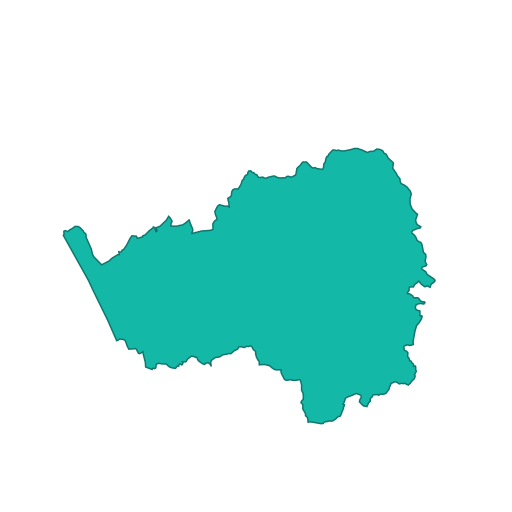 Quang Ninh, Quảng Bình, Vietnam (Albers equal-area conic projection), rotated 199°
{"feature_id": "81297802B18152468964479", "entity_name": "Quang Ninh", "entity_type": "district", "adm_level": 2, "iso_a3": "VNM", "parent_name": "Vietnam", "parent_adm1": "Quảng Bình", "projection": "albers", "projection_center": [106.503, 17.253], "detail": "fine", "context": "isolated", "style": "filled", "palette": "teal", "viewbox_px": 512, "rotation_deg": 199, "n_neighbors": 0, "source": "geoboundaries", "source_scale": "gbopen_adm2", "svg_char_len": 6060}
<svg xmlns="http://www.w3.org/2000/svg" viewBox="0 0 512 512"><g transform="rotate(199 256 256)"><path d="M78.4,223.6L79.5,225.8L80.2,229.8L81.3,237.3L81.5,242.6L80.1,245.8L79.2,249.6L79.1,252.4L79.8,253.5L81.0,252.8L81.5,252.8L83.1,257.4L86.4,257.2L87.7,257.8L88.8,259.8L88.6,262.1L87.0,263.6L85.0,264.7L81.7,265.2L81.1,266.9L81.7,267.5L83.3,267.0L85.7,267.0L88.7,269.1L90.2,269.0L92.4,268.0L93.8,268.2L94.9,269.3L98.1,270.2L100.7,269.8L100.8,270.9L100.1,272.9L100.1,273.7L100.8,275.1L100.8,276.2L100.0,277.0L97.1,278.0L96.7,280.6L95.7,282.3L94.6,283.5L94.3,285.0L93.6,285.1L90.7,283.2L86.7,281.9L85.7,282.2L84.5,283.5L81.2,283.1L81.3,285.6L81.0,286.7L79.8,288.2L78.7,290.4L78.7,291.0L79.4,291.8L80.6,292.3L88.2,294.3L90.4,296.4L94.8,297.6L95.5,298.6L95.2,299.6L92.1,302.0L91.7,303.4L92.8,304.3L94.4,306.1L95.0,310.5L96.1,312.8L98.9,314.0L101.7,319.0L103.3,321.5L104.7,322.5L106.5,322.6L108.7,323.2L111.2,326.0L113.0,327.3L115.7,328.3L116.3,328.7L116.7,329.7L115.6,331.5L113.0,334.0L109.8,336.1L109.7,337.3L114.0,338.2L114.8,339.1L115.9,340.3L116.8,342.0L116.9,348.1L118.7,348.6L123.9,351.4L127.1,355.3L128.9,359.7L129.4,365.3L131.4,367.7L136.0,370.5L139.2,371.4L142.2,371.7L143.6,372.8L145.1,375.9L148.8,378.2L149.9,379.5L155.2,383.4L155.7,385.0L156.1,387.9L156.8,389.0L162.9,391.6L166.0,394.6L168.0,394.8L168.8,395.2L170.5,396.8L173.5,397.1L176.6,396.5L178.9,393.3L182.3,392.0L184.0,390.4L184.9,390.2L191.0,390.8L192.9,390.6L194.9,390.8L196.4,390.1L197.5,390.0L201.1,387.4L206.5,384.2L209.5,383.1L212.8,382.9L214.3,381.8L216.2,381.8L217.9,381.2L220.3,376.0L220.5,373.7L221.3,373.2L221.5,372.7L221.5,370.3L221.1,367.4L221.7,365.7L221.8,364.7L221.0,361.9L221.0,360.7L221.4,359.5L226.9,358.5L229.1,358.8L230.8,357.7L231.2,357.7L232.8,358.2L238.6,361.2L239.3,361.3L240.4,360.6L241.9,360.4L242.8,359.3L243.7,356.1L245.3,353.5L245.8,351.8L245.0,347.2L245.0,345.4L248.1,342.1L251.4,341.9L252.7,341.3L253.2,340.6L253.4,339.8L253.7,339.5L259.0,337.5L261.7,337.2L264.3,337.7L265.9,337.1L270.4,334.2L271.8,332.7L273.6,332.5L275.3,332.8L278.3,331.3L279.0,331.3L279.8,331.5L281.8,333.1L283.7,333.0L285.1,334.0L287.5,333.9L288.4,334.7L288.9,334.8L289.7,334.2L290.4,334.2L290.9,332.2L290.6,331.1L290.6,330.3L292.1,328.8L292.5,327.8L292.8,326.0L292.6,324.6L293.6,323.2L293.5,318.8L294.7,313.5L295.4,313.4L298.1,312.4L299.5,311.0L299.8,308.8L299.1,305.5L299.2,304.0L301.4,301.4L300.7,299.9L299.3,298.0L297.3,293.7L299.5,293.9L301.2,293.0L307.2,292.6L308.2,291.4L308.8,289.3L309.4,284.7L308.1,282.4L304.7,278.3L306.6,275.5L307.2,272.9L307.2,272.2L305.5,267.7L305.5,266.9L307.9,265.2L315.6,261.9L323.9,256.4L324.1,256.9L324.0,259.1L324.6,260.8L329.3,266.1L330.7,268.2L331.0,268.3L333.7,263.8L335.8,261.2L337.6,260.4L340.7,258.3L346.3,256.6L346.9,259.5L346.6,261.4L349.3,263.9L351.5,265.1L352.4,260.7L356.5,252.8L359.7,250.2L357.7,247.2L358.6,246.5L359.4,247.3L360.5,249.7L362.4,250.1L362.6,249.9L362.5,249.2L365.3,244.9L367.5,240.1L369.7,238.1L369.5,237.1L374.0,234.0L375.5,235.8L379.9,234.7L380.8,231.6L381.9,223.8L383.4,218.8L383.9,218.6L384.5,217.7L385.0,215.8L385.5,215.4L387.1,215.4L385.7,212.9L387.1,212.2L390.7,208.0L391.9,206.3L393.1,203.7L399.1,197.4L409.0,202.4L410.8,204.0L414.2,209.2L422.5,218.1L424.0,221.4L426.6,222.5L427.8,223.6L431.5,225.5L433.8,226.0L436.7,225.1L439.3,221.3L440.2,220.7L441.8,218.1L442.1,217.9L444.6,217.9L445.6,217.1L445.7,216.7L444.5,213.8L444.9,212.8L406.4,178.3L398.1,169.7L375.1,146.8L360.2,130.6L359.2,131.2L357.9,133.2L353.7,133.9L352.9,133.7L351.7,133.0L348.4,128.9L345.9,126.5L339.7,129.2L338.8,128.9L335.4,125.7L334.5,125.7L333.6,126.3L331.7,128.7L330.8,126.8L325.9,119.2L324.2,115.1L317.3,114.9L317.2,115.9L316.8,116.4L315.1,116.5L314.3,117.7L315.0,120.5L314.9,121.3L313.0,122.9L310.1,123.3L306.1,124.5L304.7,124.3L302.9,123.3L301.3,122.9L298.9,122.9L295.5,123.6L294.7,126.0L294.2,126.5L293.2,126.7L293.4,128.3L293.1,129.0L292.6,129.4L290.7,128.8L290.3,129.4L290.2,131.0L291.2,132.0L288.2,132.9L287.7,133.7L287.2,136.1L286.8,136.8L284.6,140.1L283.4,140.3L282.7,140.8L280.9,140.5L279.1,140.9L276.8,138.5L275.8,138.0L271.8,136.8L269.3,136.7L268.8,138.0L267.0,139.3L266.3,139.4L264.6,139.0L262.3,137.1L264.1,140.2L264.2,142.2L264.0,143.1L261.4,146.8L258.3,148.3L257.0,149.3L256.3,150.5L254.9,152.0L252.4,153.2L249.8,155.0L247.9,155.5L245.7,159.4L243.1,161.9L242.9,162.7L242.8,164.3L240.2,165.5L238.5,165.5L237.1,165.8L235.6,167.4L234.9,167.7L233.7,167.9L231.7,169.3L230.9,169.2L230.2,168.7L228.1,166.7L225.3,165.6L224.5,163.4L222.7,160.6L220.3,158.3L218.6,157.3L217.5,154.2L213.4,155.9L211.7,156.4L209.4,156.4L207.7,156.8L204.5,155.5L201.4,154.7L199.5,155.0L195.2,156.6L194.8,154.9L193.7,153.2L188.9,148.6L187.4,148.3L185.6,148.9L183.4,150.2L180.8,150.4L179.4,150.8L178.4,151.1L174.8,153.2L173.8,153.2L171.0,149.1L169.1,143.7L167.3,142.1L166.4,140.8L165.4,138.3L164.7,135.8L165.7,133.7L165.8,132.2L165.5,131.8L163.3,130.7L162.0,126.7L157.7,122.8L157.2,121.1L155.1,120.2L154.3,119.4L152.6,115.8L151.6,116.5L149.2,117.2L140.1,118.6L139.1,119.0L137.9,119.6L137.5,121.0L136.7,121.7L134.6,122.8L133.2,123.8L130.5,124.6L129.3,125.6L127.7,127.7L126.1,130.9L124.5,131.7L124.1,132.3L123.7,140.5L124.1,141.7L123.7,143.3L124.0,144.1L125.4,144.1L125.0,147.0L125.1,150.3L124.7,151.3L124.0,152.1L119.5,155.8L116.8,158.4L115.8,158.7L111.9,158.5L111.1,158.0L110.5,157.1L111.0,153.4L110.7,151.8L106.7,149.7L105.5,149.3L102.1,149.7L101.7,153.8L100.6,155.9L101.3,157.6L101.4,158.6L100.8,160.1L100.3,160.5L100.1,162.8L95.9,164.6L94.8,164.2L93.3,166.0L92.8,166.2L91.4,166.3L89.3,167.6L88.4,168.6L86.8,173.4L87.2,175.5L86.8,176.7L86.8,179.3L86.5,179.7L83.9,182.1L82.7,182.6L81.3,182.4L78.9,181.7L77.1,182.9L75.4,183.2L73.7,184.0L70.0,183.5L68.6,186.1L68.0,188.3L66.5,191.3L66.3,192.7L66.4,194.1L66.8,195.0L67.6,195.5L67.1,197.5L66.9,199.1L68.0,200.6L69.1,203.6L69.6,203.9L71.1,203.0L71.8,204.9L72.2,205.2L73.8,205.7L75.1,207.1L76.7,207.0L77.2,208.1L78.4,209.4L79.7,209.9L81.0,214.1L82.7,215.0L85.0,215.2L86.7,218.2L86.7,218.9L86.2,219.5L84.3,221.0L83.4,221.4L81.7,221.4L80.5,222.0L78.4,223.6Z" fill="#14b8a6" stroke="#0f766e" stroke-width="1.5"/></g></svg>